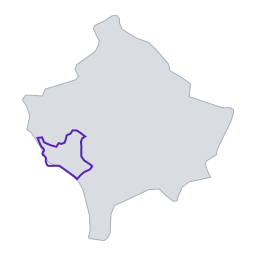 Kosovo, with Đakovica highlighted
{"feature_id": "KOS-5890", "entity_name": "Đakovica", "entity_type": "District", "adm_level": 1, "iso_a3": "XKX", "parent_name": "Kosovo", "parent_adm1": "", "projection": "equal_earth", "projection_center": [20.354, 42.389], "detail": "fine", "context": "in_parent", "style": "outline", "palette": "violet", "viewbox_px": 256, "rotation_deg": 0, "n_neighbors": 0, "source": "natural_earth", "source_scale": "10m", "svg_char_len": 1517}
<svg xmlns="http://www.w3.org/2000/svg" viewBox="0 0 256 256"><path d="M61.0,84.4L76.2,79.6L78.4,76.2L75.0,69.0L77.0,64.4L95.2,51.5L98.2,45.6L99.3,41.0L96.8,36.2L93.4,28.5L95.0,25.3L104.5,20.9L112.1,15.8L116.7,15.4L119.5,19.0L119.5,22.9L122.1,29.3L127.7,32.8L137.1,38.4L148.1,42.3L156.6,50.1L168.4,63.9L170.2,70.8L180.7,76.9L190.5,83.8L189.1,96.6L222.5,107.8L230.0,107.7L233.5,109.7L233.5,112.6L230.9,121.5L217.4,149.1L216.3,154.9L206.5,160.9L205.2,164.3L208.0,172.0L210.6,177.3L210.4,177.3L189.4,181.8L182.3,187.0L178.2,196.2L176.9,201.0L173.1,201.1L166.9,196.4L159.1,189.0L148.9,189.6L114.3,205.7L111.0,214.1L110.2,232.5L107.9,237.5L104.2,240.6L89.8,238.6L88.3,237.4L90.2,230.4L89.4,215.0L82.9,189.5L78.3,181.2L68.9,172.9L61.5,167.5L48.3,162.6L41.5,148.7L31.5,132.9L26.6,129.3L27.4,127.7L29.8,115.8L26.9,107.1L22.5,99.7L25.5,95.2L34.8,95.3L42.4,96.1L45.2,89.0L61.0,84.4Z" fill="#d9dde1" stroke="#a8b0b8" stroke-width="1"/><path d="M49.4,165.9L47.9,165.7L46.9,164.6L45.9,162.0L45.7,160.8L45.9,158.7L45.6,157.4L44.9,156.5L43.0,154.9L42.4,153.9L42.6,152.8L43.8,151.0L43.9,149.6L43.3,148.4L41.6,146.9L40.9,145.9L37.5,137.9L42.1,137.4L44.0,142.3L50.6,145.2L56.3,146.8L58.8,143.1L61.3,143.9L64.5,142.7L65.7,139.8L66.7,135.3L70.4,133.7L72.6,130.4L76.7,130.4L80.5,132.9L85.1,136.5L82.2,138.4L80.9,141.8L81.4,146.2L81.3,151.3L81.3,156.3L84.1,160.4L88.0,163.0L90.0,164.3L92.2,166.2L90.0,169.4L84.5,171.9L81.9,173.9L76.9,179.0L74.8,176.8L59.7,166.0L57.8,165.7L49.4,165.9Z" fill="none" stroke="#5b21b6" stroke-width="2"/></svg>